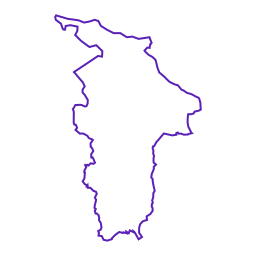 the district of San Juan, Puerto Rico
{"feature_id": "32010507B17072559885930", "entity_name": "San Juan", "entity_type": "district", "adm_level": 2, "iso_a3": "PRI", "parent_name": "Puerto Rico", "parent_adm1": "", "projection": "natural_earth1", "projection_center": [-66.066, 18.384], "detail": "fine", "context": "isolated", "style": "outline", "palette": "violet", "viewbox_px": 256, "rotation_deg": 0, "n_neighbors": 0, "source": "geoboundaries", "source_scale": "gbopen_adm2", "svg_char_len": 3490}
<svg xmlns="http://www.w3.org/2000/svg" viewBox="0 0 256 256"><path d="M151.6,42.8L151.5,42.7L149.4,37.2L147.5,37.5L144.0,38.1L143.7,38.1L138.7,38.9L134.8,37.5L132.3,36.6L131.1,36.7L129.1,37.0L126.8,37.2L126.4,36.9L123.1,34.9L122.8,34.7L121.4,33.8L120.3,33.1L116.2,33.1L114.3,33.1L113.6,33.1L106.9,29.7L103.6,27.6L101.5,26.3L100.9,25.9L98.3,20.9L97.4,20.7L94.7,19.8L90.8,21.1L89.5,21.5L88.0,21.8L84.4,22.5L84.0,22.5L78.8,20.4L75.0,19.8L72.1,19.4L68.8,19.0L68.2,18.9L67.6,18.8L65.9,18.3L64.6,17.9L62.4,17.2L62.2,17.2L58.5,16.1L56.1,15.4L55.2,17.1L55.8,19.8L57.9,21.4L60.2,23.1L60.3,23.1L61.0,23.7L61.6,25.6L61.8,26.0L62.0,26.7L62.1,27.1L63.1,29.4L65.0,29.7L65.7,26.0L70.2,25.2L70.4,25.2L77.5,26.6L77.4,29.0L77.4,30.7L75.2,35.0L78.8,38.6L81.0,40.8L82.2,41.7L87.8,45.8L89.5,47.0L96.2,45.2L96.9,45.9L97.1,46.0L101.2,50.0L102.3,51.1L102.3,51.7L102.2,54.0L102.2,54.3L102.1,55.8L102.0,56.6L101.6,56.5L101.3,56.5L101.1,56.5L99.6,56.2L98.0,56.0L81.1,67.3L74.6,71.6L74.4,71.7L73.9,72.1L74.1,72.4L74.8,72.9L77.7,76.4L83.0,82.6L83.8,84.4L84.7,86.4L82.7,89.4L82.5,92.0L83.2,93.3L84.5,94.5L87.8,100.0L87.6,103.6L86.4,106.2L84.9,106.5L83.9,106.1L81.7,105.0L79.7,104.8L77.0,105.0L75.8,105.0L75.4,105.0L73.1,109.0L72.9,109.1L73.8,111.7L73.7,122.6L74.2,124.5L75.9,124.8L77.1,127.9L75.5,129.9L75.6,130.0L79.9,133.7L81.4,133.5L82.3,133.4L84.6,134.2L87.6,136.0L88.2,137.1L88.7,137.9L90.6,138.9L92.1,139.3L92.9,140.0L90.6,143.2L90.7,146.9L91.8,147.7L92.3,148.8L93.3,151.0L93.2,151.2L91.2,154.2L91.3,157.5L92.6,157.4L93.8,159.7L93.8,159.9L95.0,162.7L93.6,163.8L90.7,163.3L88.5,165.5L87.3,164.8L86.2,165.8L84.6,164.3L86.3,167.0L84.3,170.8L84.3,172.4L84.9,172.5L84.4,178.5L82.7,181.4L84.7,184.1L86.8,185.1L86.4,187.5L87.6,185.4L87.9,187.8L90.4,187.8L93.5,190.9L95.9,191.7L96.8,193.7L94.9,197.5L96.1,199.9L94.7,205.8L94.5,207.9L95.8,209.0L94.8,210.8L95.6,213.5L96.8,213.5L98.6,215.3L99.2,217.9L99.0,220.1L100.8,223.0L101.5,227.5L100.6,229.7L98.1,231.1L99.0,233.0L98.5,235.6L101.8,236.1L103.6,239.8L107.2,240.6L111.8,239.2L112.0,238.2L115.5,234.7L119.3,232.0L123.0,233.0L123.4,232.3L126.8,233.3L126.4,231.7L128.8,233.2L129.8,230.4L133.6,232.2L133.5,231.3L134.8,232.5L138.6,239.3L142.0,237.0L139.1,232.8L139.2,227.4L140.2,224.2L142.5,221.5L145.0,220.5L146.1,220.4L147.0,220.0L146.6,216.4L150.4,214.0L152.7,210.7L152.5,207.8L151.7,206.6L152.0,203.9L152.8,202.9L152.2,200.3L153.2,197.6L153.3,194.8L153.3,193.2L154.7,190.9L153.3,184.6L152.7,181.0L152.7,179.1L151.3,177.6L151.7,174.2L153.8,169.1L153.8,166.8L156.0,164.5L153.7,162.7L153.5,160.7L153.6,157.8L154.1,156.1L153.2,153.6L153.4,150.5L152.6,148.1L152.9,146.5L153.6,146.4L154.1,146.2L156.5,141.9L158.4,139.9L159.6,138.5L160.7,137.1L163.8,133.5L172.4,135.4L176.4,134.7L176.2,133.3L177.0,132.8L177.8,132.5L178.7,133.7L181.2,133.7L183.9,134.7L187.7,134.5L188.4,134.3L188.5,134.0L191.9,133.2L191.2,132.5L189.2,128.3L188.4,127.0L187.6,122.5L187.7,117.7L188.2,114.2L191.4,114.2L193.6,113.5L194.6,111.6L196.7,111.2L199.1,110.5L200.8,109.5L200.8,109.3L200.6,108.2L200.5,105.5L200.4,102.9L199.9,101.1L199.7,100.3L199.1,98.4L198.3,97.6L196.3,96.8L195.2,96.2L191.5,94.2L190.4,93.8L187.3,93.0L185.7,92.0L183.4,90.4L182.7,90.2L181.6,89.8L177.8,85.2L175.3,84.6L172.8,83.5L169.6,81.9L168.6,81.0L166.6,79.1L165.4,77.8L164.2,76.6L159.2,72.4L159.0,71.7L157.7,68.4L157.2,66.8L156.5,63.7L155.7,60.3L155.0,59.3L152.3,56.9L148.7,54.9L145.7,52.1L144.5,50.6L147.3,47.6L149.7,47.8L149.7,47.0L150.2,45.0L150.6,44.3L150.4,44.1L151.6,42.8Z" fill="none" stroke="#5b21b6" stroke-width="2"/></svg>